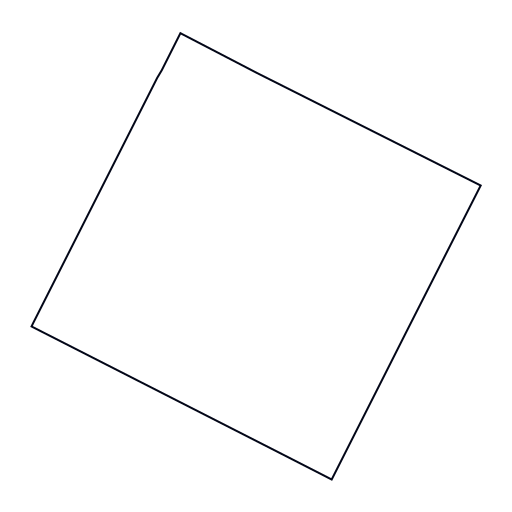 the district of Newton, Mississippi, United States of America, rotated 297°
{"feature_id": "52423323B80025699833508", "entity_name": "Newton", "entity_type": "district", "adm_level": 2, "iso_a3": "USA", "parent_name": "United States of America", "parent_adm1": "Mississippi", "projection": "mercator", "projection_center": [-89.133, 32.4], "detail": "fine", "context": "isolated", "style": "outline", "palette": "ink", "viewbox_px": 512, "rotation_deg": 297, "n_neighbors": 0, "source": "geoboundaries", "source_scale": "gbopen_adm2", "svg_char_len": 299}
<svg xmlns="http://www.w3.org/2000/svg" viewBox="0 0 512 512"><g transform="rotate(297 256 256)"><path d="M91.3,88.0L91.3,369.0L91.2,424.9L201.5,424.6L256.5,424.4L420.8,424.2L419.5,174.0L420.2,87.5L378.7,87.7L370.0,87.1L95.4,87.9L91.3,88.0Z" fill="none" stroke="#020617" stroke-width="2"/></g></svg>